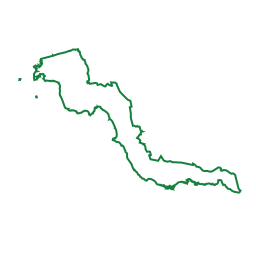 Zamboanga del Norte, Zamboanga del Norte, Philippines, rotated 256°
{"feature_id": "2640588B39288775379873", "entity_name": "Zamboanga del Norte", "entity_type": "district", "adm_level": 2, "iso_a3": "PHL", "parent_name": "Philippines", "parent_adm1": "Zamboanga del Norte", "projection": "albers", "projection_center": [122.692, 8.0], "detail": "fine", "context": "isolated", "style": "outline", "palette": "green", "viewbox_px": 256, "rotation_deg": 256, "n_neighbors": 0, "source": "geoboundaries", "source_scale": "gbopen_adm2", "svg_char_len": 5717}
<svg xmlns="http://www.w3.org/2000/svg" viewBox="0 0 256 256"><g transform="rotate(256 128 128)"><path d="M216.2,70.4L216.1,60.3L215.7,60.2L215.6,59.8L215.0,59.7L214.1,60.5L213.9,60.2L214.3,59.5L214.0,59.1L213.6,59.5L213.1,59.3L212.7,59.8L212.1,59.2L212.0,60.3L211.6,60.3L211.1,59.6L210.7,59.7L210.2,58.9L209.0,58.0L208.9,56.7L208.6,56.4L209.4,55.8L209.4,55.0L211.0,53.6L210.3,51.5L209.4,51.7L208.5,53.1L207.9,53.0L207.4,53.7L206.6,52.8L206.1,52.9L205.5,52.6L205.0,53.4L205.0,51.9L203.3,50.0L199.1,48.8L197.2,48.8L197.4,49.7L197.1,51.2L198.3,51.6L198.2,52.3L198.7,52.3L198.5,52.7L198.8,52.9L198.8,53.4L199.2,51.6L199.8,51.4L199.6,52.1L200.1,52.3L200.2,52.9L199.3,53.3L199.2,54.3L199.6,54.3L199.6,54.6L200.5,54.4L200.7,54.6L200.0,55.2L201.4,55.3L201.8,55.8L200.6,58.1L201.0,58.7L200.8,58.9L200.2,58.7L198.6,59.9L197.6,58.5L196.5,58.3L196.3,57.8L195.8,58.3L194.1,58.7L194.0,59.0L193.8,59.1L194.0,59.3L193.6,60.9L192.5,63.5L193.0,63.3L192.5,63.8L192.0,66.7L191.6,66.9L191.7,67.1L191.3,68.0L189.1,71.1L188.1,71.5L188.2,71.8L185.2,72.2L184.0,71.9L183.2,71.3L180.9,71.1L177.7,70.0L176.1,69.9L176.0,70.1L171.0,71.0L163.2,71.8L162.3,72.3L161.8,73.2L161.0,74.0L161.2,73.9L161.1,74.3L161.0,74.1L160.5,74.7L159.7,74.6L159.1,75.3L158.7,76.8L159.0,77.2L158.5,77.9L158.5,79.2L158.1,79.7L158.3,79.6L157.8,80.0L157.0,81.6L155.7,81.9L155.4,82.5L154.6,82.4L154.2,83.0L154.2,86.9L155.0,88.4L154.9,89.2L155.3,89.9L154.6,92.2L153.6,93.2L151.7,93.8L150.5,93.5L150.0,94.4L149.5,94.5L150.6,96.3L150.7,97.6L151.5,97.7L151.9,98.5L152.7,99.1L152.7,99.6L155.0,100.5L155.0,100.8L155.3,100.5L155.8,100.7L155.9,101.8L155.7,103.1L156.1,103.3L155.8,103.4L155.9,104.7L155.3,106.1L154.6,106.5L153.6,106.5L152.1,107.9L151.5,108.0L150.6,109.3L148.0,111.4L145.8,112.4L144.2,112.2L142.0,112.6L141.1,112.0L141.2,112.4L141.0,112.5L141.0,112.2L140.8,112.8L139.7,113.7L137.9,114.5L132.0,115.5L131.1,115.2L130.9,115.6L128.7,116.0L124.5,115.6L122.4,114.8L121.4,113.6L121.5,112.9L121.1,112.6L121.3,111.0L119.9,110.3L118.9,112.2L117.3,113.4L116.4,115.7L114.7,116.8L112.5,117.3L112.2,117.7L112.4,118.3L111.4,119.0L109.6,119.5L108.1,119.4L107.2,119.9L104.9,119.7L105.1,119.8L104.2,120.6L103.3,120.9L100.2,120.1L98.7,120.1L91.8,122.8L90.6,122.7L87.2,123.3L86.1,124.1L85.7,123.8L85.3,124.4L83.8,125.1L82.9,126.0L80.4,126.5L79.7,127.5L77.5,128.2L76.8,129.1L75.6,129.5L74.9,131.1L73.9,131.5L72.4,133.1L72.7,134.0L73.4,134.6L73.6,135.3L73.5,136.7L72.8,138.1L70.6,140.6L68.9,141.7L66.9,142.3L65.8,143.3L65.5,144.7L64.7,145.4L65.0,145.9L64.9,146.3L64.0,146.8L63.9,147.7L63.6,147.5L63.3,147.8L63.9,148.3L63.8,149.1L62.9,149.4L62.2,150.1L61.8,149.9L61.8,149.5L61.6,149.6L61.9,151.0L61.3,151.8L61.5,152.1L61.3,152.4L60.3,152.5L59.8,151.0L59.4,152.0L60.9,153.9L61.8,154.1L61.9,154.6L61.1,155.1L61.0,154.7L60.5,155.5L60.4,154.2L59.6,153.9L59.2,154.2L59.4,154.4L59.1,154.8L59.1,155.3L58.7,155.3L58.5,156.0L58.3,155.8L58.0,155.9L57.7,156.7L58.2,156.5L58.6,156.8L58.6,157.4L59.1,158.0L60.0,157.4L60.5,157.7L60.5,158.2L60.8,157.9L61.9,161.7L62.7,162.9L63.0,164.1L62.9,167.3L62.6,167.7L62.2,167.7L61.8,168.4L62.0,168.9L61.3,169.3L61.6,169.6L61.6,170.4L60.3,170.9L60.2,171.6L59.8,171.9L61.0,172.7L61.7,173.6L62.0,173.5L62.0,172.7L62.6,172.5L62.6,172.8L63.1,172.7L62.9,173.1L63.2,173.0L63.6,173.5L63.9,174.5L63.3,175.8L62.1,176.0L62.2,176.4L61.9,176.7L61.4,176.5L60.6,176.9L60.6,177.8L59.8,178.0L59.4,178.7L59.8,179.2L59.3,179.8L58.4,180.1L57.7,179.5L57.3,180.2L56.7,179.6L56.3,180.2L56.2,181.3L56.9,181.9L57.7,182.2L58.0,181.7L58.1,182.9L56.5,183.7L55.9,185.0L55.9,186.1L55.0,187.3L55.1,187.7L54.4,188.2L54.2,188.8L54.9,189.5L54.5,190.2L54.8,190.7L54.6,193.3L54.0,194.3L53.1,195.0L53.5,196.7L52.3,197.2L51.7,198.1L51.8,198.9L52.3,199.2L52.1,200.4L52.4,201.4L53.9,202.7L55.4,202.8L55.3,204.7L54.8,205.6L54.0,206.0L52.7,205.9L49.7,206.6L49.9,207.5L49.1,208.5L47.4,208.8L46.4,209.7L45.3,210.0L44.2,211.4L44.1,212.2L42.1,213.6L40.6,215.3L38.8,219.1L38.5,220.2L39.1,221.2L39.8,221.6L40.2,221.5L40.3,221.8L41.3,221.0L42.6,220.6L56.6,220.6L58.6,219.0L58.6,217.2L63.1,213.1L64.1,210.6L63.7,209.1L64.2,208.0L64.9,207.8L65.7,208.5L67.1,207.9L67.9,206.3L65.6,199.3L65.7,197.1L67.3,194.3L67.7,191.7L68.8,190.1L71.8,188.6L72.8,187.6L74.0,185.0L76.0,184.2L77.7,182.5L76.4,182.0L81.5,171.5L84.2,162.5L85.6,161.2L85.8,158.0L87.6,154.9L92.7,153.2L88.9,149.3L92.2,142.3L96.4,141.9L96.6,143.1L96.2,143.2L96.2,143.6L99.6,143.6L100.0,143.0L100.4,140.7L103.3,139.9L105.5,140.3L107.5,139.9L108.4,139.0L108.6,139.6L111.0,135.8L113.1,136.9L115.0,135.7L116.1,134.3L116.5,134.7L116.4,135.2L118.6,137.4L118.5,138.9L119.0,139.1L119.5,138.8L121.1,139.8L121.1,140.8L121.4,140.3L121.9,140.5L122.0,139.9L123.3,139.6L126.4,139.6L127.2,137.4L127.6,137.4L127.4,136.0L128.6,134.7L128.9,133.3L137.3,133.2L141.5,134.3L147.7,134.8L147.8,136.6L153.7,136.9L155.2,134.9L156.7,133.8L165.1,128.9L172.9,127.5L173.7,127.7L175.1,126.6L176.3,122.6L172.9,122.8L172.9,122.0L174.8,119.7L175.8,119.0L175.1,117.4L174.3,116.9L173.8,115.9L174.7,114.6L177.1,112.3L177.1,108.9L178.7,108.8L179.6,107.6L180.1,101.7L181.4,101.2L181.1,99.9L181.7,99.5L182.5,99.5L183.1,99.8L183.2,100.6L184.1,102.0L189.4,102.4L190.1,101.9L191.0,101.9L192.0,102.8L193.9,103.7L197.5,103.5L199.7,102.9L200.2,102.4L200.9,102.3L201.9,102.6L203.3,102.2L204.4,102.5L205.4,100.8L205.9,100.9L207.5,99.9L208.4,100.0L210.4,99.4L211.6,99.6L212.7,99.3L213.2,99.6L213.4,99.3L213.8,99.5L214.5,99.1L214.8,98.3L215.8,98.7L216.6,98.5L216.6,95.8L216.9,95.6L217.5,93.6L216.7,90.2L217.1,89.9L216.6,85.8L216.7,77.8L216.2,73.3L216.5,73.0L216.3,73.0L216.2,70.4ZM201.5,35.4L201.7,34.6L200.9,34.2L200.8,35.0L201.5,35.4ZM180.7,46.4L179.9,46.4L179.8,46.9L180.6,47.0L180.9,46.7L180.7,46.4ZM210.6,56.4L209.7,56.3L209.8,57.1L210.6,56.4Z" fill="none" stroke="#15803d" stroke-width="2"/></g></svg>